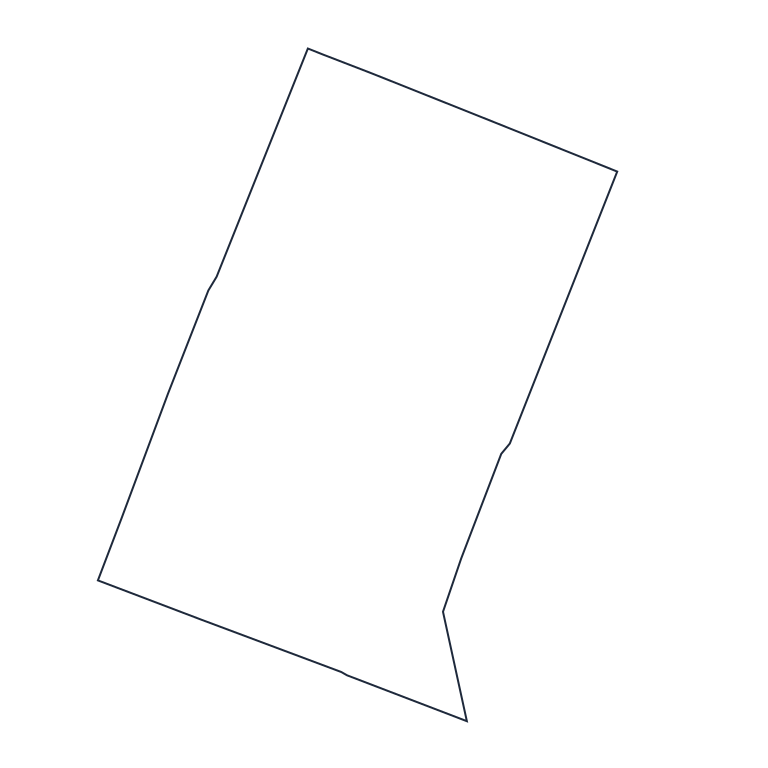 Franklin, Indiana, United States of America (Albers equal-area conic projection), rotated 291°
{"feature_id": "52423323B16028894273840", "entity_name": "Franklin", "entity_type": "district", "adm_level": 2, "iso_a3": "USA", "parent_name": "United States of America", "parent_adm1": "Indiana", "projection": "albers", "projection_center": [-85.059, 39.397], "detail": "fine", "context": "isolated", "style": "outline", "palette": "slate", "viewbox_px": 768, "rotation_deg": 291, "n_neighbors": 0, "source": "geoboundaries", "source_scale": "gbopen_adm2", "svg_char_len": 413}
<svg xmlns="http://www.w3.org/2000/svg" viewBox="0 0 768 768"><g transform="rotate(291 384 384)"><path d="M373.5,522.8L665.9,525.6L666.0,519.0L667.9,392.6L669.6,261.2L669.7,209.6L669.7,209.4L669.9,192.7L424.2,189.3L408.4,186.5L297.7,185.8L164.8,187.1L98.1,187.3L98.5,298.1L99.8,447.4L98.8,453.9L98.9,582.2L192.5,520.7L248.8,518.6L360.8,518.5L373.5,522.8Z" fill="none" stroke="#1e293b" stroke-width="2"/></g></svg>